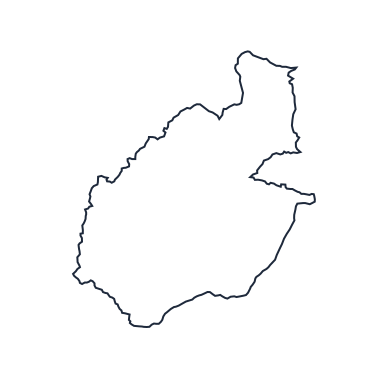 outline of Santa Margarida do Sul, Rio Grande do Sul, Brazil, rotated 251°
{"feature_id": "56859067B58398228642576", "entity_name": "Santa Margarida do Sul", "entity_type": "district", "adm_level": 2, "iso_a3": "BRA", "parent_name": "Brazil", "parent_adm1": "Rio Grande do Sul", "projection": "mercator", "projection_center": [-54.09, -30.371], "detail": "fine", "context": "isolated", "style": "outline", "palette": "slate", "viewbox_px": 384, "rotation_deg": 251, "n_neighbors": 0, "source": "geoboundaries", "source_scale": "gbopen_adm2", "svg_char_len": 3867}
<svg xmlns="http://www.w3.org/2000/svg" viewBox="0 0 384 384"><g transform="rotate(251 192 192)"><path d="M303.4,278.9L298.4,277.1L297.7,274.5L295.2,273.1L291.6,273.2L287.1,275.1L285.3,275.2L281.6,273.4L269.1,272.5L260.2,267.6L259.6,265.2L259.9,262.6L261.1,260.5L260.4,254.9L259.3,251.3L260.3,249.0L257.1,246.8L255.0,245.8L253.5,243.6L252.1,241.5L255.8,241.0L260.5,237.4L262.9,234.3L272.2,228.2L273.4,225.1L273.1,222.0L271.5,217.4L273.1,214.7L272.5,211.5L271.9,207.3L269.3,204.0L268.3,198.8L266.2,196.7L265.5,192.3L261.4,190.5L259.9,188.7L261.4,186.7L259.2,184.9L256.9,186.3L253.7,183.7L253.9,179.4L253.0,176.6L255.5,174.9L256.8,172.6L258.0,169.2L256.1,168.3L253.0,164.1L250.3,161.8L249.7,156.9L248.5,155.2L247.6,152.8L246.5,151.3L243.8,149.9L241.6,149.1L242.7,146.0L244.3,144.1L244.1,141.8L242.1,141.2L238.8,141.7L236.7,140.8L236.5,137.3L237.0,135.3L237.1,133.2L234.8,132.4L233.4,130.4L232.0,129.1L230.5,126.8L228.8,123.2L227.4,122.0L226.9,119.1L228.6,117.7L229.7,115.2L231.5,115.2L232.8,116.9L234.3,114.2L236.7,111.6L237.0,108.2L231.9,106.2L229.9,105.0L229.6,101.0L228.2,98.5L225.8,96.6L223.2,94.4L220.9,94.5L219.4,93.6L216.5,91.6L213.5,92.6L211.3,93.1L211.5,90.1L210.2,88.4L210.3,85.2L207.3,85.3L205.4,84.7L203.9,83.7L201.2,82.6L199.2,81.0L197.5,79.3L196.1,77.4L191.5,76.4L188.5,75.3L188.9,73.0L187.1,72.4L184.3,72.9L180.8,71.8L180.0,69.0L178.9,67.5L177.1,67.1L174.6,66.6L172.7,66.4L169.6,65.7L167.6,62.3L165.0,61.6L163.0,61.0L159.1,61.6L157.4,61.6L156.5,58.6L154.9,56.4L153.3,52.9L151.2,53.2L148.9,54.5L147.1,55.8L144.3,56.6L142.6,56.4L140.8,58.1L141.3,61.1L140.6,63.3L140.7,65.4L141.4,67.5L140.0,69.0L137.4,70.1L135.4,69.4L132.8,69.8L130.2,73.2L128.9,74.9L126.3,75.3L124.7,77.3L123.7,79.1L121.7,79.6L119.7,80.2L118.1,82.3L116.3,83.6L113.9,83.4L111.4,83.4L109.9,85.1L107.7,85.1L105.1,85.5L103.0,86.7L100.5,86.6L99.1,89.2L96.5,93.1L94.2,91.9L91.6,90.7L89.8,91.6L88.4,90.6L86.6,91.7L84.3,93.6L82.1,98.5L81.1,100.9L80.2,102.5L79.1,105.2L78.4,107.9L79.7,110.7L80.0,113.2L79.0,115.3L78.2,117.7L79.4,120.4L80.8,122.3L83.7,124.4L85.7,126.9L86.4,129.0L88.3,133.9L89.1,137.5L88.8,139.4L88.9,142.4L89.5,145.6L90.4,150.5L90.2,157.3L91.3,159.7L91.8,162.5L91.9,165.2L91.7,167.4L92.0,170.5L92.4,174.1L91.5,176.4L88.6,178.3L86.3,180.0L85.7,183.2L85.5,185.2L83.6,186.6L81.1,188.8L79.7,190.8L80.4,194.4L79.6,198.0L78.2,199.9L77.8,202.6L77.2,207.0L77.0,209.5L78.5,212.2L81.7,215.5L83.1,216.6L84.6,219.1L86.8,222.0L89.7,223.8L90.8,225.3L91.5,228.0L92.4,230.2L94.2,233.2L95.0,237.4L96.0,239.8L97.6,242.2L100.9,248.5L104.8,251.6L110.5,257.1L113.5,260.1L117.9,263.8L121.6,268.0L124.8,272.2L128.7,276.2L131.8,279.6L133.9,280.0L137.1,281.2L141.8,284.1L144.6,285.6L146.7,287.8L146.0,290.8L145.4,293.3L144.7,295.4L142.1,299.4L142.4,301.8L142.9,304.9L145.2,305.8L148.6,306.3L150.3,306.4L151.2,304.5L151.0,302.1L152.4,299.7L153.8,297.2L154.7,294.7L156.7,293.6L157.8,291.9L160.1,289.7L162.1,288.0L162.9,285.8L164.3,282.8L166.1,282.1L168.6,282.7L170.2,278.8L168.1,277.6L170.9,274.0L173.3,272.2L175.1,269.3L174.2,267.3L175.5,265.4L178.2,264.5L180.2,261.9L182.1,258.5L183.0,255.4L185.6,254.9L187.1,251.9L188.7,255.4L188.7,259.9L191.2,260.6L193.9,264.8L195.4,267.7L198.3,270.2L198.3,274.7L199.3,277.7L201.3,280.3L201.3,284.4L198.8,287.7L198.7,290.3L200.2,292.3L198.4,293.8L198.4,296.0L196.4,297.9L196.5,300.6L194.7,304.0L194.5,307.5L196.2,306.5L198.4,305.3L200.9,305.0L205.0,306.3L206.5,308.6L208.6,311.1L210.4,309.6L213.2,309.9L215.3,307.7L218.5,307.7L222.3,308.1L227.8,310.6L232.6,313.1L236.5,316.9L243.6,318.3L249.2,320.1L253.3,319.5L257.7,321.2L261.3,321.7L263.0,319.8L264.8,320.0L266.2,324.5L269.1,322.1L270.8,320.7L273.4,322.3L274.2,325.3L274.4,329.1L275.7,331.1L277.0,325.8L279.8,321.6L281.1,317.9L282.6,316.2L283.9,312.8L289.1,308.0L293.7,305.8L294.3,302.8L301.4,294.2L305.7,292.2L306.8,290.5L307.0,287.6L306.4,283.9L303.4,278.9Z" fill="none" stroke="#1e293b" stroke-width="2"/></g></svg>